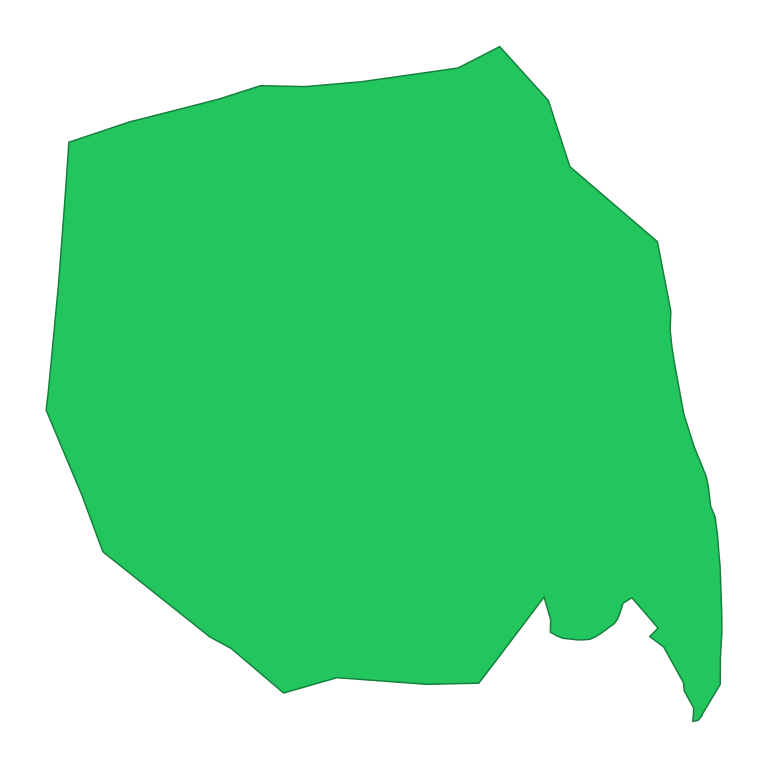 San Jerónimo Silacayoapilla, Oaxaca, Mexico
{"feature_id": "50627088B61511584244630", "entity_name": "San Jerónimo Silacayoapilla", "entity_type": "district", "adm_level": 2, "iso_a3": "MEX", "parent_name": "Mexico", "parent_adm1": "Oaxaca", "projection": "orthographic", "projection_center": [-97.853, 17.807], "detail": "fine", "context": "isolated", "style": "filled", "palette": "green", "viewbox_px": 768, "rotation_deg": 0, "n_neighbors": 0, "source": "geoboundaries", "source_scale": "gbopen_adm2", "svg_char_len": 1192}
<svg xmlns="http://www.w3.org/2000/svg" viewBox="0 0 768 768"><path d="M154.3,592.7L209.7,636.8L231.2,648.5L283.6,693.0L336.8,677.7L426.4,684.3L478.7,683.2L484.8,675.3L487.7,671.5L494.8,662.3L496.7,659.8L523.5,624.3L526.8,620.0L531.5,613.7L544.0,597.1L548.4,611.8L548.9,613.7L549.9,617.1L550.7,620.0L550.4,629.4L550.4,632.2L556.5,635.6L562.8,638.3L570.7,639.1L577.8,639.9L583.7,639.8L589.8,639.3L594.7,637.2L600.9,633.5L609.9,626.7L614.4,623.5L617.5,619.1L620.5,611.4L623.1,603.2L631.9,597.7L658.0,628.0L649.8,636.6L663.7,647.0L683.4,682.5L684.3,691.0L693.8,708.2L692.9,721.4L698.1,720.3L702.1,715.6L702.0,714.8L720.2,684.4L720.4,657.4L721.9,632.0L721.7,611.2L720.1,566.6L719.1,555.6L717.4,534.0L715.0,516.4L710.7,506.5L708.3,486.5L706.3,476.9L705.4,474.4L694.3,447.1L683.9,414.4L674.7,364.4L671.9,347.0L670.2,330.3L670.8,311.1L657.4,241.7L569.9,166.7L548.4,100.6L540.6,91.9L499.7,46.6L478.9,57.3L470.3,61.7L458.0,68.0L439.9,70.6L435.7,71.2L418.2,73.7L404.8,75.6L386.5,78.2L360.5,81.8L305.6,86.6L260.6,85.7L217.8,99.4L134.9,120.6L130.5,121.6L68.9,142.2L64.9,200.0L58.5,284.5L48.2,392.9L46.1,410.0L81.7,494.7L102.9,551.8L154.3,592.7Z" fill="#22c55e" stroke="#15803d" stroke-width="1.5"/></svg>